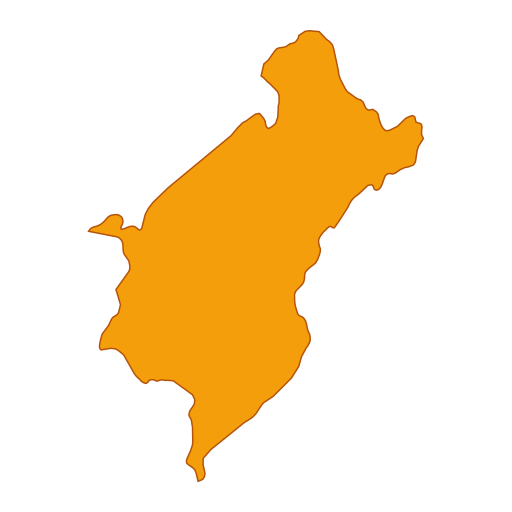 the border of Mérida
{"feature_id": "VEN-27", "entity_name": "Mérida", "entity_type": "State", "adm_level": 1, "iso_a3": "VEN", "parent_name": "Venezuela", "parent_adm1": "", "projection": "robinson", "projection_center": [-71.244, 8.52], "detail": "fine", "context": "isolated", "style": "filled", "palette": "amber", "viewbox_px": 512, "rotation_deg": 0, "n_neighbors": 0, "source": "natural_earth", "source_scale": "10m", "svg_char_len": 3885}
<svg xmlns="http://www.w3.org/2000/svg" viewBox="0 0 512 512"><path d="M261.1,76.0L263.9,63.9L268.4,60.0L274.5,51.3L276.9,48.7L279.0,47.9L285.2,47.0L286.9,46.0L288.5,44.8L290.2,43.7L292.4,43.3L295.6,41.9L298.1,38.4L299.0,35.3L301.5,33.7L305.0,31.4L309.5,30.7L313.0,31.1L316.8,31.4L319.2,31.7L321.5,34.1L326.2,39.1L330.1,42.1L332.4,44.8L333.9,49.8L337.2,65.2L338.3,70.6L338.9,75.0L340.4,79.3L345.4,89.0L347.5,91.8L355.7,97.8L357.9,99.0L359.1,99.5L360.5,99.8L363.0,101.9L365.9,108.5L368.2,109.9L369.1,110.1L372.9,109.4L376.6,112.0L378.2,114.5L379.0,119.1L380.9,124.4L382.2,127.1L383.5,128.7L385.3,130.5L387.1,130.7L389.5,130.3L397.4,126.4L405.4,118.6L406.5,117.9L408.8,116.8L411.3,115.9L412.6,115.6L413.9,116.3L414.8,117.0L415.9,122.0L418.4,123.0L419.6,123.3L420.9,123.8L421.6,125.0L422.0,126.9L421.6,130.2L421.5,134.5L423.4,138.5L418.4,146.5L417.1,150.7L415.5,161.5L414.4,163.7L413.2,165.1L409.0,166.7L404.2,167.8L400.0,169.8L396.2,172.5L394.1,173.6L392.2,174.0L390.9,173.7L389.4,173.5L387.2,174.0L386.1,175.0L385.1,176.1L384.1,178.6L382.6,183.0L380.8,187.1L379.7,188.4L378.7,189.4L377.6,189.9L376.4,190.1L375.2,189.9L374.3,189.1L373.7,187.9L373.3,186.5L372.5,185.4L371.7,184.7L367.9,185.4L359.3,193.5L354.1,197.5L351.5,200.5L349.2,204.2L348.2,206.8L338.1,222.5L334.3,227.8L333.1,227.8L332.0,227.3L330.6,226.3L329.6,226.5L328.5,227.1L323.1,232.4L321.9,234.0L320.1,236.5L319.2,238.3L318.6,240.0L318.6,241.6L318.7,243.2L319.4,246.1L320.3,248.7L320.3,251.0L319.7,254.0L317.6,259.5L316.2,262.0L314.9,263.6L309.0,268.2L306.5,270.7L305.3,272.5L304.7,274.4L304.5,278.6L303.8,281.7L303.0,283.3L302.1,284.6L296.1,290.7L295.1,292.7L294.5,294.7L294.7,301.7L295.1,304.8L295.8,307.7L297.5,313.2L298.1,314.4L298.9,315.3L300.0,316.0L302.4,317.0L303.4,317.8L304.2,318.7L305.5,320.9L306.4,323.6L307.6,329.5L308.0,330.9L309.8,334.8L310.1,336.9L310.2,340.4L309.3,343.1L307.6,346.1L306.1,348.1L301.5,356.7L298.7,366.5L291.5,378.0L273.0,396.5L263.7,402.6L261.4,405.4L255.7,414.0L252.7,417.0L250.3,418.8L244.2,422.6L210.9,449.5L203.2,458.3L203.1,464.9L205.0,473.2L204.5,476.4L203.2,478.8L201.6,479.9L198.1,481.3L196.3,473.7L195.1,470.4L194.0,469.0L193.4,468.3L192.5,467.6L188.4,464.7L187.5,463.9L186.7,462.9L186.4,461.4L186.7,459.4L190.6,450.6L192.4,445.2L192.8,442.0L192.5,427.3L191.3,419.8L189.4,416.4L188.9,415.1L189.6,411.3L194.2,404.3L194.8,400.4L194.6,399.1L192.4,394.7L173.1,380.7L166.9,380.3L165.2,380.4L161.9,379.8L160.2,380.1L157.7,381.0L156.2,381.0L154.0,379.8L151.3,379.7L149.8,380.1L148.7,381.0L147.9,382.0L147.0,382.8L145.9,383.4L144.0,382.9L141.8,381.6L136.1,376.0L134.1,373.3L123.9,355.3L122.9,354.2L117.9,350.2L115.5,348.9L110.9,348.3L101.1,349.9L100.0,348.9L99.7,348.0L99.5,346.8L99.5,345.8L100.2,341.3L101.7,335.4L102.5,333.6L108.6,325.4L111.6,319.0L112.9,317.3L116.4,315.2L117.8,313.7L118.6,312.5L120.5,304.7L116.0,289.5L128.3,272.3L129.6,269.7L129.9,266.5L129.0,261.5L128.9,261.0L128.5,260.4L124.3,254.4L123.8,253.1L123.3,251.7L122.8,243.7L122.4,242.3L121.8,240.8L120.8,239.4L119.0,237.8L117.6,237.0L88.6,231.3L90.4,228.7L93.5,227.0L96.7,226.2L99.0,225.2L101.2,224.0L103.9,221.7L106.5,218.8L107.3,217.8L108.2,216.9L109.6,216.0L111.5,215.2L115.1,214.6L117.3,214.7L118.9,215.1L120.0,215.8L121.0,216.5L121.8,217.5L122.4,218.6L122.8,220.0L122.9,221.5L122.8,223.0L122.3,224.4L121.2,226.7L120.9,227.9L121.1,229.1L122.5,229.2L124.6,228.6L128.5,226.9L130.9,226.3L132.9,226.2L134.3,226.5L135.5,227.1L136.5,227.8L138.4,229.4L139.5,230.0L140.6,229.7L141.7,228.4L145.1,215.0L145.6,213.7L148.4,208.4L153.1,202.3L168.0,187.9L231.1,135.6L237.9,127.5L242.6,122.8L246.4,120.8L250.3,117.8L255.6,114.1L259.4,113.4L261.2,115.4L263.5,118.1L265.3,121.5L265.6,124.5L266.8,127.5L268.5,128.5L271.8,126.8L275.6,123.5L277.7,117.4L278.2,110.1L278.2,106.4L279.1,102.4L279.1,96.0L277.9,92.0L274.4,88.3L269.7,83.6L267.3,81.6L263.8,77.9L261.1,76.0L261.1,76.0Z" fill="#f59e0b" stroke="#b45309" stroke-width="1.5"/></svg>